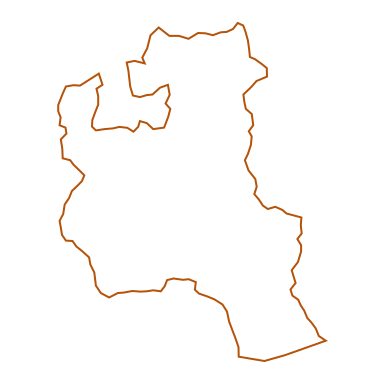 Araçariguama, São Paulo, Brazil (Mercator projection)
{"feature_id": "56859067B60900165945810", "entity_name": "Araçariguama", "entity_type": "district", "adm_level": 2, "iso_a3": "BRA", "parent_name": "Brazil", "parent_adm1": "São Paulo", "projection": "mercator", "projection_center": [-47.076, -23.434], "detail": "fine", "context": "isolated", "style": "outline", "palette": "amber", "viewbox_px": 384, "rotation_deg": 0, "n_neighbors": 0, "source": "geoboundaries", "source_scale": "gbopen_adm2", "svg_char_len": 1994}
<svg xmlns="http://www.w3.org/2000/svg" viewBox="0 0 384 384"><path d="M243.2,25.5L237.7,23.0L233.0,29.0L226.7,31.9L220.8,32.3L212.9,35.2L205.5,33.3L198.1,33.0L188.5,38.8L179.1,35.9L169.4,35.9L158.7,27.5L150.5,35.3L147.2,48.3L142.3,57.6L144.7,63.4L134.6,60.9L126.7,62.5L128.4,70.7L130.2,86.5L132.9,95.5L140.0,97.1L146.7,95.1L152.5,94.5L160.0,87.7L167.9,84.8L169.7,94.8L165.6,103.5L170.3,108.9L168.2,116.9L164.1,127.6L153.2,129.1L146.8,123.1L139.9,121.1L138.2,126.8L133.5,131.7L127.3,127.8L119.3,126.9L112.9,128.4L104.6,129.1L95.9,130.4L92.0,126.6L92.3,120.2L95.2,112.2L98.2,104.7L98.2,96.1L96.5,88.7L102.5,84.8L98.8,73.6L80.0,85.6L73.4,85.2L65.9,86.5L62.9,93.2L58.2,105.1L58.2,111.2L60.6,117.3L59.6,125.3L65.5,127.6L66.4,133.6L60.8,139.4L62.3,148.7L62.7,158.3L70.2,160.2L73.5,164.7L78.8,169.8L84.3,175.3L82.0,181.0L77.9,185.3L71.9,191.0L69.1,198.0L64.7,204.5L63.2,214.0L59.6,220.9L60.8,227.5L62.0,234.9L65.9,240.6L72.5,241.0L76.4,246.5L82.0,251.0L89.1,257.4L90.3,264.4L94.3,272.5L95.9,285.6L100.8,293.0L109.1,297.5L117.9,293.0L123.7,292.6L132.3,291.0L140.2,291.6L146.7,291.3L153.2,290.3L160.8,291.3L164.7,286.2L167.1,280.1L173.5,278.5L183.1,279.8L188.7,279.2L195.8,282.1L194.9,289.7L199.0,293.6L206.7,296.2L214.3,299.3L222.5,304.5L227.0,311.6L229.1,321.5L232.6,330.8L235.3,337.8L238.5,347.1L238.7,356.7L264.4,361.0L284.9,355.2L325.8,340.7L318.8,336.0L315.8,328.5L311.4,322.5L307.3,318.0L304.2,310.6L300.8,305.5L298.2,299.7L292.4,295.6L290.5,289.5L295.6,283.0L293.8,277.2L291.7,270.2L297.9,262.1L301.1,251.5L301.1,245.2L297.4,239.0L301.7,233.4L300.8,225.6L301.4,217.5L294.4,215.6L286.5,213.5L282.3,209.9L275.3,206.8L267.8,209.0L262.9,205.6L258.8,199.4L254.3,194.1L256.7,186.8L255.3,179.0L248.5,170.4L244.9,160.2L247.9,154.0L250.9,145.0L251.7,136.4L248.8,131.3L253.2,125.2L251.8,114.1L245.8,108.8L244.3,101.6L243.4,94.5L251.2,87.1L256.5,81.0L267.0,76.6L266.8,68.1L261.7,64.0L255.0,59.2L249.9,57.0L249.1,49.0L247.9,40.4L245.5,31.7L243.2,25.5Z" fill="none" stroke="#b45309" stroke-width="2"/></svg>